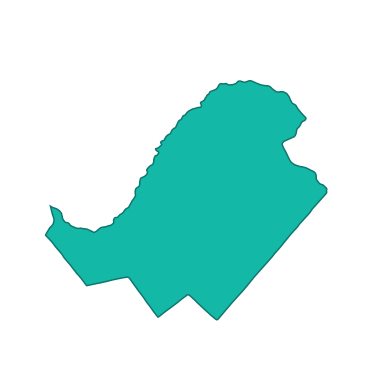 San Cristóbal Verapaz, Alta Verapaz, Guatemala (Equal Earth projection), rotated 115°
{"feature_id": "79465075B68623160282073", "entity_name": "San Cristóbal Verapaz", "entity_type": "district", "adm_level": 2, "iso_a3": "GTM", "parent_name": "Guatemala", "parent_adm1": "Alta Verapaz", "projection": "equal_earth", "projection_center": [-90.595, 15.383], "detail": "fine", "context": "isolated", "style": "filled", "palette": "teal", "viewbox_px": 384, "rotation_deg": 115, "n_neighbors": 0, "source": "geoboundaries", "source_scale": "gbopen_adm2", "svg_char_len": 5987}
<svg xmlns="http://www.w3.org/2000/svg" viewBox="0 0 384 384"><g transform="rotate(115 192 192)"><path d="M264.7,314.3L271.6,308.7L274.7,305.7L276.7,304.8L280.0,304.3L282.8,305.1L284.6,305.8L288.6,306.2L291.3,306.5L293.1,306.4L296.1,298.8L296.4,298.1L297.6,295.6L298.9,293.4L303.4,283.5L305.6,280.2L310.0,270.6L311.3,268.3L312.7,265.4L314.4,262.3L315.5,259.4L318.0,254.3L321.0,248.7L321.4,248.0L321.0,247.4L310.1,232.8L305.6,227.3L301.9,222.4L298.9,218.3L296.3,214.4L296.3,212.8L301.0,204.4L304.3,198.6L307.4,192.6L308.9,190.0L311.1,186.4L313.8,181.1L316.3,176.9L318.4,172.8L319.8,169.9L318.4,169.0L312.7,166.2L303.1,161.0L299.2,158.9L293.4,156.1L289.0,153.7L288.4,153.3L287.1,152.7L286.5,151.3L287.2,148.8L288.4,145.1L289.1,142.9L289.8,141.2L293.3,130.5L294.6,126.2L295.8,122.6L297.3,116.7L297.3,115.4L296.5,114.7L275.0,108.8L258.8,103.8L254.3,102.6L242.7,99.7L217.3,92.1L212.8,91.1L205.6,88.9L188.0,84.5L179.0,81.6L175.9,81.1L161.1,76.5L156.6,75.8L136.5,69.7L135.3,69.8L134.1,70.6L133.5,70.8L132.9,70.9L132.5,71.0L132.0,71.4L131.4,72.6L131.1,73.7L130.9,74.4L130.5,75.2L130.3,76.0L130.3,76.8L130.4,77.4L130.5,78.7L130.5,79.6L130.3,80.3L130.1,80.8L129.8,81.4L129.4,81.9L129.2,82.6L128.8,83.3L128.5,83.9L127.8,84.7L127.2,85.2L126.4,85.5L125.5,85.9L124.7,86.4L123.8,87.0L123.3,87.7L122.7,88.4L122.4,89.1L122.1,90.3L122.1,92.5L122.1,94.0L122.0,95.3L121.9,97.0L121.9,98.1L122.1,100.1L122.4,101.8L122.7,103.1L123.1,104.3L123.4,105.5L123.5,106.7L123.7,108.4L123.9,109.4L123.8,110.2L123.8,111.6L123.6,112.6L123.5,113.2L123.2,114.2L122.7,115.6L121.6,117.1L119.6,119.7L117.9,121.7L115.0,125.3L114.4,126.3L113.0,128.0L111.7,129.6L110.6,130.4L109.8,130.7L109.1,130.6L107.9,130.4L106.9,129.8L105.6,128.7L98.9,122.9L98.3,122.6L97.1,122.4L96.3,122.4L95.8,122.3L94.5,122.5L93.3,122.8L92.7,123.0L91.9,123.3L91.2,123.4L90.1,123.3L89.1,123.0L87.7,122.5L86.3,122.2L85.6,122.2L84.9,122.1L83.7,122.2L83.0,122.1L82.4,122.0L81.2,121.5L80.2,120.6L79.5,120.1L78.5,119.7L77.8,119.7L77.0,119.9L76.7,120.2L76.0,121.8L75.3,123.7L75.0,124.4L73.5,127.9L72.4,130.2L71.9,131.1L70.9,132.8L70.4,133.3L70.1,133.8L69.7,134.3L69.4,135.4L69.3,136.9L69.2,138.4L68.9,139.1L68.2,140.1L66.6,142.2L65.7,143.1L64.9,143.9L64.4,144.7L64.1,145.2L63.2,146.9L62.8,147.6L62.7,148.2L62.7,149.1L62.6,150.8L62.7,151.9L63.8,154.3L64.5,155.2L64.9,155.9L65.1,156.5L65.4,157.4L65.4,158.3L65.3,159.3L65.2,160.1L64.6,162.8L64.1,164.1L63.7,165.3L63.5,166.7L63.6,167.6L64.0,169.0L64.5,170.2L64.9,171.2L65.0,171.8L65.6,173.9L65.8,175.3L66.1,178.7L66.2,184.9L66.6,186.4L66.9,187.0L67.8,188.0L68.7,188.8L69.4,189.6L70.1,190.3L70.5,191.1L70.7,192.0L70.7,192.6L70.8,193.4L70.9,194.4L71.1,195.3L71.8,196.5L72.2,196.9L72.6,197.2L73.8,197.5L74.9,197.9L75.5,198.4L76.8,199.6L77.9,201.1L78.9,202.8L79.3,203.5L79.5,204.3L79.5,205.3L79.2,206.2L79.3,207.0L80.0,208.0L80.4,208.4L80.6,208.9L81.0,209.7L81.3,210.9L81.8,211.9L82.7,212.6L83.7,212.8L85.1,212.9L86.2,212.9L87.1,213.0L87.7,213.3L88.9,213.7L90.1,214.8L91.6,216.2L92.2,216.7L92.6,217.2L93.2,217.8L93.9,218.1L94.7,218.1L95.6,218.1L96.6,218.4L97.1,218.8L97.6,219.1L98.6,219.3L99.7,219.3L100.4,219.3L100.9,219.5L101.4,219.7L102.0,219.7L102.7,219.6L103.4,219.7L103.8,219.8L104.4,220.1L105.1,220.6L105.6,221.0L106.2,221.4L107.1,222.0L107.7,221.9L108.1,221.6L108.6,221.0L109.2,220.4L109.6,220.0L110.5,219.8L111.5,219.9L112.0,220.7L112.5,221.7L113.1,222.5L114.9,224.5L116.5,226.5L118.5,228.1L120.3,229.3L121.4,229.8L122.9,230.3L124.4,230.5L125.0,230.7L125.5,231.0L126.1,231.7L126.8,232.2L127.5,232.4L129.3,232.3L130.5,232.5L131.4,232.8L131.9,233.2L132.4,233.7L133.0,234.0L134.8,234.2L137.6,234.1L139.3,234.1L140.1,234.1L140.9,234.3L141.8,235.1L143.1,235.8L144.1,236.2L145.2,236.3L146.3,236.3L147.1,236.2L147.7,236.2L148.3,236.3L148.8,236.6L149.3,237.1L150.3,237.9L151.2,238.3L152.9,238.9L154.8,239.1L155.8,239.0L156.6,239.1L157.3,239.5L157.8,240.1L158.6,240.8L159.1,241.1L159.6,241.3L160.2,241.4L160.7,241.0L161.4,239.9L162.0,239.4L163.3,239.9L165.6,240.9L166.6,241.5L167.0,241.9L167.4,242.3L168.0,243.2L168.7,243.1L169.1,242.6L169.3,241.9L169.6,241.0L169.7,240.3L169.7,239.6L170.3,238.8L170.9,238.7L172.3,238.9L173.1,239.1L173.8,239.5L174.4,240.2L174.8,240.6L175.6,240.6L177.2,240.6L178.9,240.3L179.9,239.9L181.3,239.4L182.1,239.3L182.8,239.2L183.8,239.4L184.5,239.9L185.1,240.3L185.6,240.7L186.1,241.0L186.6,241.2L187.6,241.6L189.5,242.2L190.9,242.4L191.7,242.0L192.1,241.5L192.7,240.8L193.3,240.5L194.0,240.5L195.0,240.5L196.2,240.7L196.9,241.1L198.2,241.8L199.2,242.6L200.0,243.4L200.6,244.0L201.4,244.3L202.9,244.1L204.3,243.8L205.7,243.3L207.2,242.7L207.7,242.5L208.5,242.4L209.4,242.5L210.5,243.0L211.2,243.6L212.1,244.0L212.8,244.2L213.5,244.2L214.1,244.2L215.6,243.7L217.7,242.6L218.8,241.8L220.4,241.6L221.9,241.8L223.5,242.1L225.1,242.5L228.8,242.7L230.6,242.8L232.0,242.9L233.3,243.3L234.0,243.8L234.7,244.3L235.4,244.9L236.1,245.1L237.4,245.4L238.7,245.6L239.8,245.8L240.8,246.3L242.2,247.1L242.8,247.6L243.5,247.9L244.3,248.2L245.3,248.4L246.3,248.7L247.0,249.6L247.4,250.3L247.8,250.9L248.8,251.3L249.4,251.3L249.9,251.4L250.7,251.2L251.2,250.9L252.1,250.3L252.9,250.0L253.9,250.2L254.8,250.6L256.0,251.2L256.9,252.0L257.3,252.7L258.0,253.5L259.3,254.8L260.0,255.6L260.6,256.5L261.4,257.7L262.0,258.6L262.6,259.2L263.4,259.9L264.2,260.4L265.0,260.7L265.8,261.2L267.0,261.6L268.0,262.0L268.6,262.5L269.4,263.1L269.8,263.5L270.2,264.4L270.0,265.2L270.0,265.8L269.9,266.7L270.0,267.5L270.0,270.8L270.1,271.7L270.4,272.8L271.4,275.7L271.6,276.8L271.8,277.6L272.7,279.0L273.0,279.7L273.3,280.4L273.5,281.1L273.7,282.4L273.7,283.3L273.8,286.9L273.7,287.7L273.6,288.4L273.0,289.2L272.7,289.7L272.4,290.8L272.4,291.7L272.6,292.4L272.8,292.9L272.9,293.7L272.8,294.6L272.5,295.4L271.3,297.3L270.9,297.9L270.5,298.2L270.0,298.6L269.0,299.3L268.2,300.0L267.5,300.5L266.8,301.1L266.4,301.5L266.0,302.2L265.4,303.4L265.0,304.2L264.9,305.0L264.6,306.7L264.5,307.5L264.5,308.4L264.7,309.8L264.8,310.5L264.8,311.3L264.9,312.8L264.8,313.5L264.7,314.3Z" fill="#14b8a6" stroke="#0f766e" stroke-width="1.5"/></g></svg>